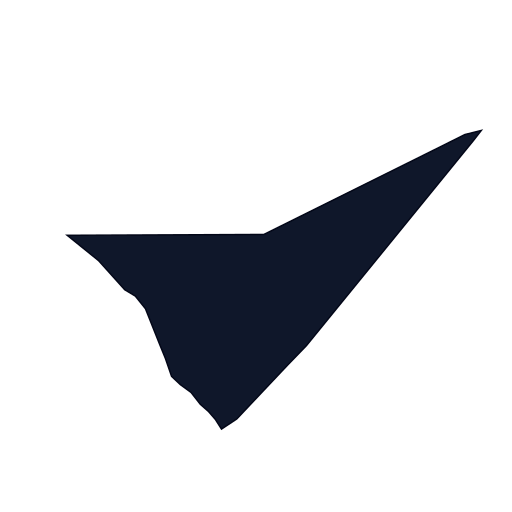 outline of Palestina, Alagoas, Brazil, rotated 284°
{"feature_id": "56859067B33647530257209", "entity_name": "Palestina", "entity_type": "district", "adm_level": 2, "iso_a3": "BRA", "parent_name": "Brazil", "parent_adm1": "Alagoas", "projection": "robinson", "projection_center": [-37.312, -9.686], "detail": "fine", "context": "isolated", "style": "filled", "palette": "ink", "viewbox_px": 512, "rotation_deg": 284, "n_neighbors": 0, "source": "geoboundaries", "source_scale": "gbopen_adm2", "svg_char_len": 440}
<svg xmlns="http://www.w3.org/2000/svg" viewBox="0 0 512 512"><g transform="rotate(284 256 256)"><path d="M230.4,67.8L213.4,104.4L191.5,136.8L187.9,148.6L178.1,161.5L146.8,184.0L134.8,192.8L118.8,203.2L112.9,213.7L107.9,226.0L98.6,237.9L93.7,247.4L87.6,256.1L79.7,264.4L93.3,276.8L157.7,313.0L181.2,326.6L420.3,438.9L432.3,444.2L424.4,429.3L396.2,396.3L278.8,258.4L230.4,67.8Z" fill="#0f172a" stroke="#020617" stroke-width="1.5"/></g></svg>